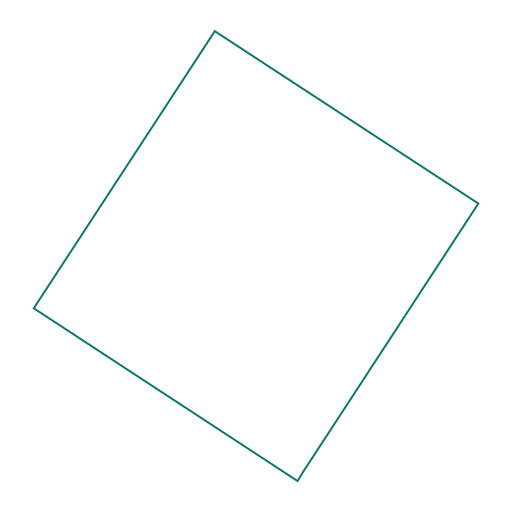 outline of Sheridan, Kansas, United States of America, rotated 123°
{"feature_id": "52423323B35369935479840", "entity_name": "Sheridan", "entity_type": "district", "adm_level": 2, "iso_a3": "USA", "parent_name": "United States of America", "parent_adm1": "Kansas", "projection": "robinson", "projection_center": [-100.445, 39.35], "detail": "fine", "context": "isolated", "style": "outline", "palette": "teal", "viewbox_px": 512, "rotation_deg": 123, "n_neighbors": 0, "source": "geoboundaries", "source_scale": "gbopen_adm2", "svg_char_len": 232}
<svg xmlns="http://www.w3.org/2000/svg" viewBox="0 0 512 512"><g transform="rotate(123 256 256)"><path d="M89.9,413.0L420.9,413.9L422.1,98.6L411.0,98.9L90.9,98.1L89.9,413.0Z" fill="none" stroke="#0f766e" stroke-width="2"/></g></svg>